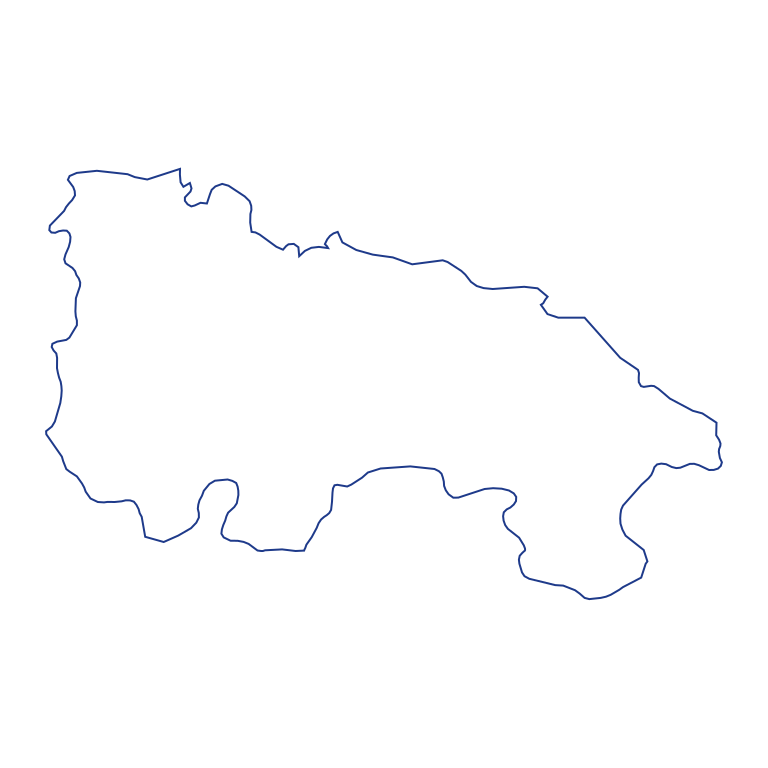 the border of La Rioja
{"feature_id": "ESP-5828", "entity_name": "La Rioja", "entity_type": "Autonomous Community", "adm_level": 1, "iso_a3": "ESP", "parent_name": "Spain", "parent_adm1": "", "projection": "natural_earth1", "projection_center": [-2.502, 42.281], "detail": "fine", "context": "isolated", "style": "outline", "palette": "blue", "viewbox_px": 768, "rotation_deg": 0, "n_neighbors": 0, "source": "natural_earth", "source_scale": "10m", "svg_char_len": 3829}
<svg xmlns="http://www.w3.org/2000/svg" viewBox="0 0 768 768"><path d="M382.6,256.0L392.8,257.4L412.2,264.3L442.7,260.3L447.6,262.0L461.3,270.9L465.3,274.6L471.0,281.9L476.7,286.0L483.6,288.1L492.7,289.0L524.2,286.8L537.6,288.3L547.6,296.7L545.3,299.6L543.2,303.3L540.9,304.8L547.5,314.1L558.4,317.7L584.6,317.7L620.2,357.8L638.0,369.9L639.0,373.1L638.7,377.6L638.8,382.2L641.0,386.1L643.8,386.9L651.1,385.8L654.1,386.1L658.5,388.9L669.9,398.6L692.8,410.8L702.4,413.4L716.5,422.7L716.2,435.3L719.1,439.8L720.5,443.5L720.3,445.9L719.8,447.3L719.1,449.0L718.8,451.8L719.9,458.0L721.9,462.3L720.8,465.9L718.0,468.6L713.8,469.9L709.1,470.0L698.9,465.2L694.2,463.8L689.8,463.9L680.3,467.7L676.3,468.1L671.8,467.0L666.1,464.2L661.3,463.6L657.1,464.4L654.4,467.2L653.1,471.0L651.3,474.9L648.5,478.3L641.6,484.6L623.0,505.6L621.2,509.6L620.5,514.0L620.2,518.5L620.5,523.7L622.4,529.6L625.6,535.7L643.7,550.0L647.4,561.4L645.7,563.7L641.2,577.6L623.0,587.1L619.1,589.9L610.7,594.8L606.0,596.7L600.7,597.9L589.3,599.1L584.6,597.9L579.7,593.6L575.0,590.2L563.2,585.6L555.2,585.1L529.3,578.8L524.5,576.2L522.0,572.4L519.4,563.7L518.9,559.7L519.7,555.8L522.0,553.2L523.9,551.4L524.8,550.7L525.1,550.0L525.0,548.5L523.8,545.3L519.1,537.7L507.9,528.9L505.2,525.1L503.6,520.6L503.1,516.2L503.8,512.3L506.7,509.4L510.4,507.5L513.8,504.5L516.0,501.1L516.2,496.9L513.8,493.4L509.0,490.5L501.7,488.7L493.1,488.2L484.6,489.0L458.3,497.6L453.3,497.7L448.6,494.3L445.8,490.3L444.1,485.9L443.8,481.5L442.8,477.4L441.5,473.7L438.9,471.2L434.5,469.0L410.3,466.4L380.6,468.5L367.9,472.5L362.0,477.7L351.3,484.6L347.2,486.5L337.3,484.8L334.5,485.3L333.0,488.4L332.5,492.6L332.0,501.8L331.1,509.9L329.2,513.1L326.7,515.2L324.1,516.9L321.1,519.5L318.6,523.2L316.7,527.9L311.7,537.2L306.4,544.7L305.3,547.9L304.4,549.7L304.1,550.6L295.6,551.0L282.1,549.4L265.1,550.3L262.9,551.0L261.1,551.0L257.5,550.5L248.6,543.9L243.6,541.9L237.7,540.8L230.5,540.7L223.7,537.4L221.4,533.7L221.9,529.4L223.3,525.0L225.2,520.6L226.4,516.4L228.1,512.7L234.3,507.0L236.8,503.3L238.4,495.0L238.3,490.7L237.6,486.6L236.2,483.0L232.4,480.9L227.6,479.5L214.9,480.7L209.4,484.0L203.8,490.8L202.0,495.7L199.5,500.3L198.3,504.6L197.8,508.8L198.8,513.0L198.9,517.5L196.3,522.7L191.0,528.2L178.2,535.6L163.7,542.0L145.2,536.8L141.7,516.8L139.7,513.2L138.6,509.1L136.5,505.0L133.9,501.7L130.1,500.4L125.8,500.3L121.7,501.3L114.7,502.0L107.6,501.9L104.0,502.4L97.8,502.0L90.5,498.5L85.7,491.7L84.2,487.5L82.0,483.5L76.9,476.4L69.7,471.7L66.3,469.1L63.2,461.2L61.9,456.7L46.3,434.3L46.1,431.2L51.9,426.5L54.9,421.5L60.3,403.0L61.3,396.3L61.7,390.6L61.4,386.2L60.7,381.8L59.1,377.6L57.9,372.9L57.0,368.2L57.1,357.9L56.3,353.5L53.6,350.5L51.7,347.0L52.4,343.8L57.2,341.6L66.3,339.9L69.4,337.6L76.9,325.2L76.9,320.6L75.8,316.3L75.4,311.4L75.9,298.2L80.0,286.1L80.2,282.5L78.8,278.5L76.4,275.0L75.1,271.2L72.5,268.0L65.5,263.3L64.2,259.3L65.5,254.4L68.7,247.1L70.1,241.8L70.5,237.0L69.4,233.4L66.8,230.7L63.1,230.5L58.9,231.2L55.2,232.8L51.4,232.5L49.3,230.1L49.9,225.6L64.1,210.9L66.0,207.2L68.9,203.5L72.1,200.1L75.0,195.4L74.7,191.1L73.2,187.0L67.9,179.8L69.6,176.0L76.8,172.9L96.9,170.8L127.6,174.2L134.8,177.1L147.3,179.5L180.0,168.9L179.9,174.6L180.6,182.3L183.4,186.8L189.9,183.0L191.5,188.4L190.5,191.5L184.9,197.4L184.9,200.8L187.6,204.3L191.3,206.4L194.7,205.5L200.5,202.8L206.9,203.5L210.0,194.1L211.7,189.8L215.4,186.4L222.2,183.9L228.5,185.7L244.7,196.4L249.6,201.2L251.2,205.8L251.4,210.0L250.4,214.0L250.2,222.6L251.6,231.9L255.4,232.4L259.7,234.6L276.4,246.8L283.0,249.7L286.1,246.1L288.5,244.3L293.8,243.9L298.4,247.2L299.2,256.2L304.9,250.9L311.3,247.8L318.9,246.9L328.1,248.1L327.1,246.4L326.6,245.8L326.0,245.3L324.9,244.1L327.2,239.4L330.0,235.9L333.5,233.4L337.7,231.9L342.4,242.4L356.3,250.0L372.7,254.6L382.6,256.0Z" fill="none" stroke="#1e3a8a" stroke-width="2"/></svg>